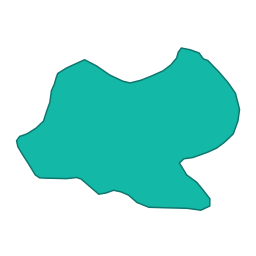 the district of Puryong, Hamgyŏng-bukto, North Korea, rotated 91°
{"feature_id": "82179303B95814990753322", "entity_name": "Puryong", "entity_type": "district", "adm_level": 2, "iso_a3": "PRK", "parent_name": "North Korea", "parent_adm1": "Hamgyŏng-bukto", "projection": "robinson", "projection_center": [129.695, 42.122], "detail": "fine", "context": "isolated", "style": "filled", "palette": "teal", "viewbox_px": 256, "rotation_deg": 91, "n_neighbors": 0, "source": "geoboundaries", "source_scale": "gbopen_adm2", "svg_char_len": 964}
<svg xmlns="http://www.w3.org/2000/svg" viewBox="0 0 256 256"><g transform="rotate(91 128 128)"><path d="M208.3,52.5L204.6,44.9L197.4,44.9L190.0,50.8L181.2,58.2L173.8,68.6L162.1,76.0L157.8,71.6L156.4,62.7L153.6,55.3L150.8,47.9L146.5,39.0L140.8,31.6L132.1,22.7L119.1,18.2L107.5,16.8L91.4,21.2L81.1,28.6L70.9,37.6L59.1,49.4L57.6,53.9L51.7,58.3L48.7,67.2L47.1,76.1L51.4,79.1L57.2,80.6L64.4,86.5L70.2,93.9L75.8,105.8L80.1,116.2L82.9,126.6L81.3,134.0L75.3,147.3L66.4,160.7L60.5,172.6L66.1,184.4L69.0,190.4L74.7,199.2L79.0,200.7L84.9,202.2L92.1,205.2L103.8,206.6L112.5,209.6L122.6,212.6L129.8,220.0L135.6,228.9L138.4,236.3L142.7,239.2L148.6,237.8L155.9,233.3L164.7,227.4L176.5,219.9L179.4,215.5L179.6,206.6L179.6,199.2L179.7,188.8L178.4,178.4L179.9,173.9L187.3,165.0L194.7,156.1L193.3,148.7L190.5,141.3L192.0,133.9L195.0,126.5L202.4,117.6L206.9,105.7L207.1,89.4L207.2,74.5L207.3,67.1L208.9,53.8L208.3,52.5Z" fill="#14b8a6" stroke="#0f766e" stroke-width="1.5"/></g></svg>